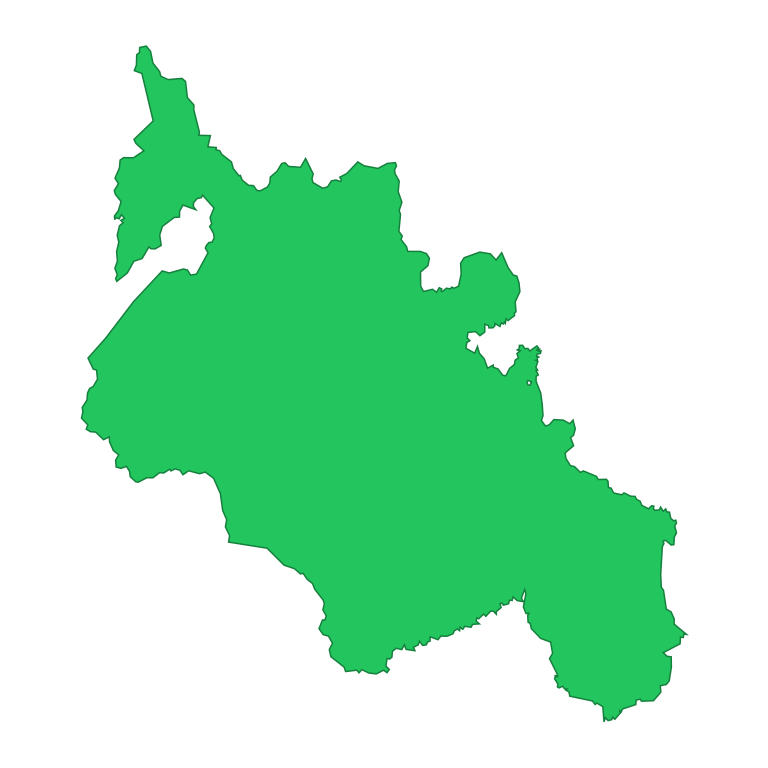 Naitasiri, Central, Fiji
{"feature_id": "14151628B8492423103487", "entity_name": "Naitasiri", "entity_type": "district", "adm_level": 2, "iso_a3": "FJI", "parent_name": "Fiji", "parent_adm1": "Central", "projection": "natural_earth1", "projection_center": [178.262, -17.851], "detail": "fine", "context": "isolated", "style": "filled", "palette": "green", "viewbox_px": 768, "rotation_deg": 0, "n_neighbors": 0, "source": "geoboundaries", "source_scale": "gbopen_adm2", "svg_char_len": 6103}
<svg xmlns="http://www.w3.org/2000/svg" viewBox="0 0 768 768"><path d="M121.1,201.5L118.3,210.8L114.4,216.1L114.8,219.7L115.6,217.7L119.2,218.8L121.4,214.7L124.5,218.3L120.8,220.4L123.1,222.6L119.5,225.8L117.2,235.3L118.8,242.1L116.6,251.6L117.4,261.1L114.9,268.3L117.3,274.8L115.6,278.6L116.8,281.4L127.4,272.9L133.8,261.3L142.1,258.5L149.0,246.9L150.8,248.7L155.0,248.9L161.2,245.4L159.7,235.1L162.4,226.4L174.3,217.4L179.5,217.1L179.6,211.2L182.9,205.1L195.8,209.7L193.3,206.4L193.6,202.7L197.1,198.6L201.2,197.7L202.5,195.1L214.0,208.0L210.1,217.6L211.7,223.9L209.6,226.5L213.5,233.4L214.2,237.9L212.0,242.2L208.9,242.5L206.5,245.4L205.3,248.0L208.0,252.8L196.5,274.1L190.6,275.1L187.4,270.0L183.4,269.0L169.3,273.0L162.2,270.9L133.5,301.7L105.4,338.5L88.0,358.1L93.3,369.2L96.5,369.9L97.5,379.2L93.2,386.5L89.6,388.5L87.5,393.1L87.0,400.0L82.2,407.5L82.9,411.6L81.5,418.2L87.8,424.8L86.2,429.2L90.5,431.7L95.7,432.1L103.6,439.7L109.2,436.9L109.6,442.0L113.4,450.6L118.7,454.8L115.6,460.2L116.2,467.1L121.1,468.3L126.5,466.4L129.6,471.5L130.2,476.7L135.8,481.8L138.2,482.2L146.9,477.7L152.9,477.8L159.7,472.6L163.7,473.0L169.5,469.3L171.0,470.9L175.1,468.9L179.8,470.2L183.0,474.7L188.6,470.8L199.6,473.7L205.3,472.1L213.6,478.3L220.4,493.7L222.7,510.5L226.7,519.8L225.4,526.9L229.6,535.6L228.6,542.1L267.1,548.2L284.1,565.2L294.5,568.7L300.4,573.9L303.2,573.4L307.3,579.5L312.5,583.5L314.8,589.3L323.2,600.1L324.3,603.6L322.9,609.9L326.3,616.0L324.8,620.1L322.5,619.9L319.0,628.7L323.2,634.6L328.5,636.1L332.5,643.3L329.3,649.5L330.9,656.7L344.1,667.1L345.6,671.5L356.8,670.2L359.0,672.8L361.8,669.6L368.8,673.0L376.3,673.9L383.6,670.2L387.0,672.7L389.3,669.5L385.9,666.0L387.1,658.4L389.6,659.1L391.9,657.2L392.4,651.4L396.1,648.3L401.8,649.6L404.4,644.8L406.1,649.4L414.9,650.7L413.5,647.3L418.3,644.8L419.5,641.2L422.6,645.4L426.4,644.8L427.6,641.9L430.0,641.2L430.2,636.8L438.0,639.7L440.8,636.1L447.1,636.2L453.1,633.7L454.2,630.9L457.3,629.0L459.6,630.7L459.9,627.2L462.8,629.3L464.7,626.4L471.1,627.2L472.6,624.3L479.4,623.9L476.2,621.1L476.8,617.9L478.7,618.8L483.5,614.1L485.8,616.3L490.6,611.2L493.4,611.2L496.3,614.2L496.2,611.7L501.1,607.6L500.1,603.6L502.2,603.2L503.4,605.2L508.6,603.8L509.4,600.2L512.2,600.5L512.9,596.9L517.3,600.6L523.5,601.7L521.4,598.2L524.7,589.4L525.9,593.6L523.4,607.0L526.0,613.5L528.9,613.3L527.7,615.5L528.1,622.3L530.2,623.3L531.3,628.6L540.7,638.4L550.6,642.1L552.6,653.3L549.5,658.6L557.0,673.7L557.6,675.9L555.8,675.7L556.9,676.7L555.1,676.7L554.7,679.0L557.9,684.1L557.4,686.9L558.9,687.9L562.8,686.3L564.6,689.0L567.0,688.9L565.9,690.2L568.9,691.8L569.8,696.2L592.5,701.0L595.1,704.5L596.9,703.1L602.8,706.6L604.0,721.9L605.3,717.8L608.1,720.6L611.7,719.7L612.6,717.2L614.8,719.3L621.2,712.0L619.6,711.8L619.7,710.8L620.6,711.8L623.0,708.8L635.8,704.6L636.1,700.2L640.3,699.1L641.4,701.2L653.5,700.7L660.8,692.2L660.3,685.7L666.3,684.5L669.2,680.9L671.4,667.0L671.2,656.8L667.1,656.3L663.2,652.7L680.1,643.8L680.5,637.1L683.3,637.5L683.8,634.1L686.5,634.4L674.1,624.1L674.2,618.9L671.1,611.9L666.3,609.1L663.5,590.3L661.3,587.3L660.7,574.2L662.3,546.9L663.9,543.5L663.1,541.1L665.6,540.3L671.3,545.1L673.9,544.6L674.3,537.1L676.5,532.9L674.7,525.9L676.5,523.1L675.8,520.2L673.8,520.8L670.8,518.5L669.5,512.1L666.8,511.9L665.7,508.9L663.3,511.3L660.6,507.1L659.3,509.9L654.8,510.3L653.3,508.5L653.9,506.2L651.5,505.8L648.6,508.8L641.7,505.3L640.2,501.3L636.5,499.3L635.1,496.4L630.7,496.2L624.0,492.9L621.9,494.8L613.6,493.0L611.1,488.1L608.5,487.6L608.0,481.2L606.4,479.3L598.1,479.5L596.5,476.4L583.3,470.9L580.4,472.4L574.5,466.6L570.4,465.6L565.9,458.4L565.2,452.9L573.6,445.7L570.6,437.6L573.5,435.3L575.3,428.8L573.0,420.1L569.7,423.7L563.2,420.1L553.9,419.6L549.2,424.9L545.4,426.0L541.4,420.4L543.0,415.6L542.2,404.1L540.7,393.0L536.1,381.3L536.1,376.3L538.3,375.0L535.9,370.3L537.6,370.2L535.9,367.1L537.9,361.4L535.8,360.3L537.4,359.9L537.2,357.2L539.5,357.2L536.6,356.2L537.1,354.2L540.4,353.4L541.1,350.9L538.7,351.2L539.6,349.5L536.3,350.3L538.7,348.1L536.9,345.9L529.8,351.0L527.9,348.4L524.9,348.7L522.6,345.3L519.4,345.4L519.0,349.3L516.6,349.9L520.3,350.7L516.9,353.6L518.4,357.9L515.1,360.2L514.4,364.5L509.6,368.4L505.9,375.8L502.8,375.3L498.0,368.9L493.2,367.3L493.2,365.1L487.6,368.1L484.1,358.7L479.4,353.3L477.5,346.5L474.7,353.2L465.9,348.2L466.8,342.5L469.9,340.7L467.2,337.9L467.9,332.5L475.5,331.6L479.9,335.7L484.8,332.0L484.8,324.2L488.4,325.5L489.0,327.9L492.9,327.8L494.9,325.8L494.9,323.4L499.9,326.5L501.3,322.9L503.3,324.0L504.4,322.2L505.3,323.5L506.1,318.8L508.1,320.6L514.6,315.5L514.3,313.3L516.0,311.7L515.2,301.9L519.9,291.6L519.0,282.9L516.9,276.2L513.1,274.9L508.1,267.6L501.7,252.7L496.1,260.0L490.3,253.8L479.9,252.1L464.2,257.7L460.6,263.3L461.2,274.0L458.6,286.1L454.2,288.2L451.7,287.1L450.4,288.9L446.5,288.2L442.4,291.5L441.1,291.0L441.8,289.0L439.2,287.7L436.6,292.3L432.6,289.3L423.5,291.5L420.7,286.2L420.5,272.1L427.9,265.7L429.4,258.2L426.4,253.6L420.3,251.4L407.7,251.4L406.5,246.6L401.1,239.7L402.2,235.9L398.9,231.4L400.5,214.4L399.2,210.5L401.9,202.2L398.2,191.7L399.2,181.1L395.0,173.6L394.6,169.7L396.5,165.9L395.4,162.7L387.4,163.4L378.0,168.4L364.1,165.8L357.8,161.9L346.8,173.5L339.8,177.2L341.4,180.0L340.6,181.5L335.9,180.0L331.4,180.9L327.6,186.8L322.8,188.3L312.9,182.5L312.0,178.4L313.2,174.0L305.6,158.5L300.5,167.3L288.6,166.4L285.1,162.8L281.7,163.5L277.0,171.3L270.3,177.1L269.8,183.1L267.5,187.0L260.3,190.8L257.0,190.5L253.4,185.6L248.6,185.3L242.1,180.1L240.4,175.4L239.0,175.8L233.3,168.6L231.4,161.9L221.7,154.3L219.7,150.7L216.0,149.8L216.3,147.5L207.9,146.8L210.4,135.6L198.9,135.3L199.4,132.1L193.8,109.9L193.9,105.0L187.4,97.6L185.5,81.4L181.9,78.4L168.1,79.6L160.9,76.3L159.6,71.6L152.9,63.0L150.6,51.5L146.3,46.1L139.7,47.5L139.4,52.6L136.7,54.8L136.4,65.1L134.3,70.6L141.9,73.5L153.2,120.9L134.0,139.4L135.9,143.4L143.9,150.8L133.4,157.8L123.7,157.6L120.1,160.1L119.4,168.0L115.0,178.2L118.4,183.7L114.3,190.5L115.4,194.4L121.1,201.5ZM530.0,385.2L528.2,385.1L526.8,382.2L528.0,380.5L531.5,381.9L530.0,385.2Z" fill="#22c55e" stroke="#15803d" stroke-width="1.5"/></svg>